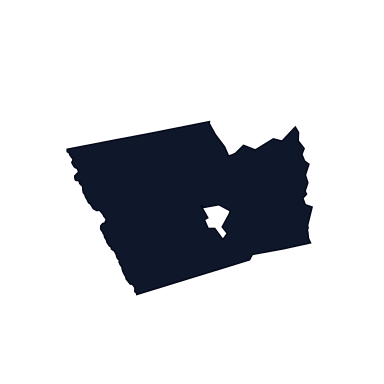 outline of Rockingham, Virginia, United States of America, rotated 308°
{"feature_id": "52423323B95722418747105", "entity_name": "Rockingham", "entity_type": "district", "adm_level": 2, "iso_a3": "USA", "parent_name": "United States of America", "parent_adm1": "Virginia", "projection": "natural_earth1", "projection_center": [-78.991, 38.528], "detail": "fine", "context": "isolated", "style": "filled", "palette": "ink", "viewbox_px": 384, "rotation_deg": 308, "n_neighbors": 0, "source": "geoboundaries", "source_scale": "gbopen_adm2", "svg_char_len": 2034}
<svg xmlns="http://www.w3.org/2000/svg" viewBox="0 0 384 384"><g transform="rotate(308 192 192)"><path d="M77.2,211.6L124.1,244.3L153.0,264.5L174.0,279.1L179.9,278.0L203.4,298.9L224.9,316.7L227.1,312.4L232.0,307.7L232.1,306.9L235.4,305.4L236.9,303.6L254.1,295.9L251.7,289.1L255.4,283.1L260.7,283.6L262.5,280.5L270.6,277.6L275.2,270.9L285.9,267.0L285.7,261.7L289.3,255.4L295.3,253.6L297.7,244.2L304.5,239.3L306.8,233.4L287.5,231.6L284.0,223.4L264.1,216.0L260.5,203.9L249.1,202.4L245.7,200.6L242.9,198.6L247.7,189.8L251.6,175.1L256.6,163.4L258.2,162.4L210.8,121.5L187.5,101.0L148.8,67.3L147.5,68.3L146.9,69.1L147.3,70.8L147.2,71.2L146.2,72.5L145.3,75.1L145.0,76.6L145.0,77.2L144.9,77.5L144.5,78.0L143.2,78.8L141.7,78.9L140.9,79.7L139.5,83.1L139.3,85.2L139.7,85.7L139.8,87.2L138.5,89.7L137.9,90.2L136.6,90.2L132.5,89.7L131.7,90.3L129.9,92.2L129.7,93.3L130.1,94.2L130.6,94.7L130.9,95.2L131.0,96.8L130.9,97.3L130.2,97.4L129.7,98.0L129.3,99.7L129.2,101.6L129.1,102.1L128.0,103.5L126.8,104.3L124.4,107.0L124.3,108.1L124.0,109.1L123.2,110.2L122.2,112.0L121.5,113.9L120.4,115.9L119.8,117.6L120.1,119.2L118.1,124.5L118.2,125.4L118.3,125.7L118.7,128.3L119.6,129.3L120.4,129.8L120.7,130.7L119.6,135.6L118.7,137.3L118.1,139.9L118.1,141.1L113.9,142.4L112.3,141.1L109.6,140.9L109.0,141.0L106.6,142.9L106.2,143.6L105.5,146.4L104.9,147.1L104.8,147.3L104.6,147.8L104.4,148.4L104.2,149.5L103.6,149.8L102.6,150.9L101.4,154.2L101.3,154.3L99.9,156.2L98.7,159.9L98.6,160.6L99.0,161.7L97.5,163.7L97.6,166.3L97.8,166.6L97.6,167.2L96.2,170.7L94.9,172.2L94.7,172.5L93.8,174.2L93.6,175.2L93.9,176.1L93.8,176.6L92.7,177.2L92.6,177.3L92.0,177.6L90.7,179.7L89.7,183.0L88.2,184.6L86.8,186.5L85.7,188.7L84.3,192.2L83.0,193.5L81.4,200.1L82.6,201.6L82.3,202.8L81.8,204.7L81.7,205.2L81.5,205.7L80.0,207.1L78.8,207.8L78.1,208.9L78.3,210.5L77.2,211.6ZM173.2,227.2L177.8,218.8L181.4,220.3L186.9,207.1L187.0,210.7L198.5,221.0L200.7,233.8L197.5,234.9L183.1,237.3L181.1,245.3L173.6,245.6L177.3,232.3L173.2,227.2Z" fill="#0f172a" stroke="#020617" stroke-width="1.5"/></g></svg>